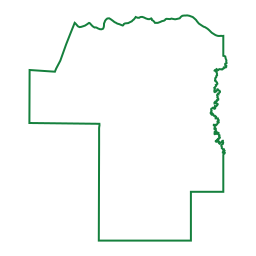 Nuku District, Sandaun, Papua New Guinea (Albers equal-area conic projection)
{"feature_id": "67681753B13324685837362", "entity_name": "Nuku District", "entity_type": "district", "adm_level": 2, "iso_a3": "PNG", "parent_name": "Papua New Guinea", "parent_adm1": "Sandaun", "projection": "albers", "projection_center": [142.54, -3.723], "detail": "fine", "context": "isolated", "style": "outline", "palette": "green", "viewbox_px": 256, "rotation_deg": 0, "n_neighbors": 0, "source": "geoboundaries", "source_scale": "gbopen_adm2", "svg_char_len": 4641}
<svg xmlns="http://www.w3.org/2000/svg" viewBox="0 0 256 256"><path d="M29.4,123.0L99.4,123.8L99.5,125.2L99.2,127.1L99.1,128.1L99.1,128.3L99.1,144.5L98.8,240.6L190.9,240.6L190.9,191.8L223.3,191.8L223.3,165.2L223.3,155.0L223.4,154.7L223.5,154.1L223.8,153.9L224.3,153.7L224.6,153.4L224.8,152.6L224.6,152.4L224.3,152.4L223.7,153.0L222.8,152.6L222.8,152.1L223.3,151.4L224.5,150.6L224.1,150.0L223.9,149.3L222.9,149.5L222.8,149.3L222.6,148.7L221.8,148.2L221.8,146.6L221.3,146.0L221.3,145.1L221.7,144.6L222.5,144.3L222.9,143.9L223.0,143.5L223.2,142.5L222.9,142.2L222.4,142.1L222.9,141.4L222.9,140.8L222.5,140.8L222.2,141.0L221.9,141.7L221.4,142.3L220.2,142.6L219.9,142.9L219.9,143.4L219.6,143.7L219.0,143.2L219.3,142.0L219.2,141.8L218.8,141.7L217.9,141.7L216.6,141.8L215.9,141.6L215.7,141.3L215.8,140.9L216.4,140.8L216.9,140.0L217.2,140.0L217.6,140.3L218.2,140.3L218.4,139.9L217.7,139.2L217.9,138.9L218.7,138.9L218.8,138.8L218.9,138.5L219.9,137.7L219.8,137.3L219.1,136.9L219.1,136.1L219.5,135.7L219.4,135.1L218.9,135.0L218.4,134.3L218.6,133.0L218.3,132.8L217.4,132.8L217.2,133.0L217.1,133.6L216.9,133.9L215.8,133.8L214.8,134.2L214.6,134.1L214.5,133.8L215.1,133.0L214.6,132.4L214.6,132.0L215.0,131.6L215.5,132.1L216.0,132.7L216.7,131.9L215.8,130.6L215.8,128.6L215.6,128.4L214.9,129.1L214.5,129.1L214.4,128.8L214.4,128.4L214.9,126.7L214.7,126.0L213.8,125.3L213.7,125.1L213.8,124.8L214.3,124.9L215.2,124.7L216.2,125.2L216.5,124.9L217.7,123.4L217.7,123.1L217.5,122.9L217.6,122.6L217.9,122.4L218.7,122.4L218.8,122.2L218.6,121.8L217.9,121.8L217.5,121.4L217.6,121.2L218.7,120.1L217.9,119.2L217.9,118.5L215.6,118.4L215.5,117.6L216.2,117.0L216.1,116.7L215.4,116.6L215.1,116.3L215.0,115.9L214.1,115.9L213.8,115.7L213.3,114.4L212.9,114.0L212.1,114.8L211.7,114.7L211.2,114.1L210.6,113.0L210.8,112.7L211.4,113.0L211.7,112.9L211.7,112.6L211.1,111.9L211.1,111.6L211.6,110.9L211.6,110.5L211.2,110.1L211.2,109.0L211.5,108.6L212.2,108.3L213.1,107.6L213.4,107.6L213.7,107.8L213.8,108.4L214.3,108.8L214.8,108.7L215.2,108.3L215.3,107.5L215.0,106.7L215.0,106.1L216.1,106.2L216.4,106.1L217.7,104.5L217.7,104.1L217.2,103.7L215.7,103.3L214.8,103.5L214.5,103.5L214.4,102.8L214.6,102.4L215.4,101.5L215.7,101.4L216.4,101.6L216.8,101.3L216.9,100.1L217.9,100.0L218.3,99.7L218.3,98.8L218.0,98.2L217.4,97.7L217.3,97.4L217.7,96.7L217.5,96.2L217.1,95.6L217.2,94.7L217.6,94.2L218.4,94.3L218.3,93.6L218.8,93.4L219.4,92.6L219.6,92.5L220.0,92.0L220.0,91.6L219.5,90.7L218.7,90.5L218.2,90.1L217.9,89.4L217.4,89.3L217.2,89.9L216.4,90.7L216.4,91.4L216.0,91.4L215.7,91.2L215.2,91.5L215.2,91.9L215.0,92.1L214.8,92.1L214.4,91.8L214.3,91.0L214.5,89.7L214.8,89.2L214.9,88.5L214.3,87.9L216.1,85.9L216.3,85.5L215.9,84.9L217.2,84.0L217.4,83.8L217.2,83.1L216.9,82.3L216.0,81.6L215.8,81.0L215.5,81.0L215.0,80.7L215.0,80.2L215.3,79.5L215.2,78.2L216.2,77.3L216.2,76.1L217.1,75.4L217.1,75.0L216.9,74.7L216.9,74.1L217.0,73.7L216.7,72.8L216.7,71.9L216.0,71.7L215.7,71.4L215.6,70.7L214.8,70.7L214.6,70.6L214.8,70.2L216.2,70.1L216.4,69.8L216.3,69.3L216.5,69.1L216.9,69.4L217.5,69.7L217.9,70.2L218.3,70.1L219.0,69.3L219.6,69.1L220.4,69.3L221.4,69.2L221.8,69.5L222.4,69.4L222.8,68.8L222.9,68.6L223.5,68.6L224.1,68.1L224.0,67.4L225.8,67.4L226.2,67.0L226.3,65.9L225.5,65.7L225.3,65.5L225.1,64.0L225.4,63.6L226.3,63.5L226.6,63.1L226.2,61.4L226.4,60.3L225.6,58.4L225.5,57.7L225.3,56.5L225.0,56.3L224.1,56.0L223.3,55.8L223.3,35.9L222.6,36.0L221.8,35.9L220.3,35.9L218.9,36.0L217.5,35.8L216.0,35.3L215.0,34.8L211.7,32.7L209.2,30.2L207.6,28.8L206.2,27.9L204.9,27.1L203.6,26.7L201.6,25.4L198.9,23.6L197.8,22.3L196.9,21.2L196.1,20.0L194.7,18.7L192.7,17.0L191.5,16.6L189.4,15.8L187.2,15.4L186.0,15.5L184.4,15.5L182.3,15.8L180.8,16.9L179.7,18.3L177.2,18.9L175.1,19.3L173.4,19.0L171.4,18.6L170.0,19.1L167.5,18.9L166.7,18.8L165.6,19.2L164.9,20.1L163.9,20.7L161.8,21.2L161.0,21.6L160.4,21.9L157.7,22.9L155.0,22.9L154.3,21.9L153.2,20.7L152.0,20.1L151.8,19.0L151.2,18.4L149.7,19.1L147.9,19.1L145.8,18.4L144.0,17.5L142.2,16.9L140.7,17.0L139.9,17.3L139.1,17.8L137.4,17.7L135.7,17.0L135.4,17.5L133.8,19.5L132.7,20.3L131.8,21.3L129.9,22.2L128.2,23.1L127.2,23.2L125.1,23.4L123.9,24.0L123.3,25.1L122.8,25.5L122.1,25.3L121.3,25.0L119.4,24.2L117.3,23.6L115.8,22.7L114.5,22.1L112.9,20.8L110.4,19.0L109.1,18.3L107.3,18.5L105.9,19.7L105.0,21.0L104.6,22.2L104.0,23.5L104.0,25.1L103.8,26.9L103.4,28.0L102.9,28.8L101.5,29.3L99.9,29.2L97.9,28.4L97.1,27.9L95.9,27.4L94.5,27.5L92.7,26.3L91.7,25.3L90.1,23.5L89.5,23.0L89.0,22.9L86.9,24.4L85.0,25.6L83.3,26.2L81.1,26.9L79.5,27.1L77.9,26.3L76.8,25.0L75.2,23.2L74.7,22.8L70.3,33.8L66.2,44.2L60.3,60.7L56.1,68.7L54.9,71.7L29.6,70.0L29.4,123.0Z" fill="none" stroke="#15803d" stroke-width="2"/></svg>